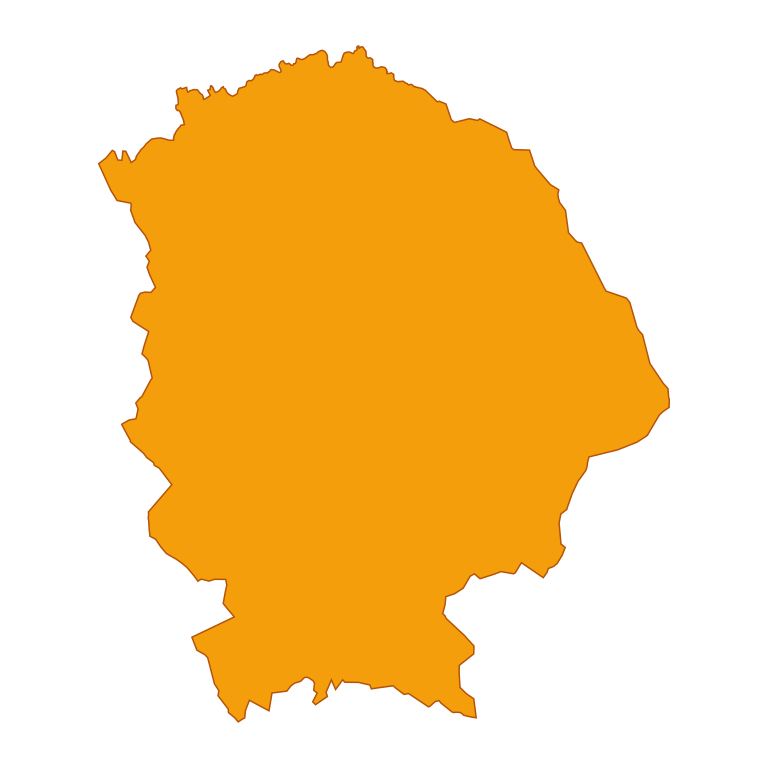 outline of Soba, Kaduna, Nigeria
{"feature_id": "59680162B47761767082139", "entity_name": "Soba", "entity_type": "district", "adm_level": 2, "iso_a3": "NGA", "parent_name": "Nigeria", "parent_adm1": "Kaduna", "projection": "mercator", "projection_center": [7.944, 10.956], "detail": "fine", "context": "isolated", "style": "filled", "palette": "amber", "viewbox_px": 768, "rotation_deg": 0, "n_neighbors": 0, "source": "geoboundaries", "source_scale": "gbopen_adm2", "svg_char_len": 5892}
<svg xmlns="http://www.w3.org/2000/svg" viewBox="0 0 768 768"><path d="M146.4,143.6L144.1,146.7L141.0,149.7L136.5,156.0L135.4,159.6L131.2,162.5L125.8,151.3L122.9,151.0L121.9,160.3L117.8,160.0L114.6,151.7L112.3,150.4L106.0,158.0L98.7,163.7L110.9,190.5L117.1,200.5L130.8,203.2L131.2,204.1L130.9,209.2L130.6,210.1L135.1,222.6L145.2,235.5L148.8,242.6L149.3,245.1L150.8,250.1L145.9,256.1L149.3,261.2L147.0,267.2L149.7,274.9L155.5,287.4L151.0,292.4L144.9,292.1L140.4,293.3L138.9,295.3L130.8,317.3L133.0,321.4L148.7,331.5L144.0,346.3L142.0,354.0L145.3,357.0L148.1,360.4L152.2,378.2L150.8,379.9L141.8,396.7L140.1,397.8L135.8,403.0L138.1,409.0L136.0,418.8L129.4,419.9L122.2,423.9L121.7,424.5L130.3,440.4L130.4,441.8L143.5,453.2L146.7,457.5L153.5,462.6L154.3,465.3L159.3,468.2L171.8,484.7L148.5,511.8L148.5,515.9L148.2,517.8L148.8,521.8L149.2,529.3L150.0,536.3L155.6,539.2L161.0,547.2L166.4,553.5L170.1,555.7L175.8,558.9L181.1,562.6L186.5,567.1L188.7,569.4L194.4,576.3L197.9,581.2L201.3,579.1L209.0,581.1L214.5,579.3L225.7,579.4L226.8,585.1L225.4,591.4L223.2,603.5L227.7,609.1L234.3,616.9L191.9,637.2L196.9,650.2L204.9,654.7L207.7,657.7L214.5,683.9L218.9,690.7L218.0,695.7L228.2,709.0L228.5,712.6L234.6,717.6L238.2,721.9L242.0,719.4L244.7,717.9L245.5,710.3L249.4,700.3L269.0,710.8L272.0,693.0L286.9,691.1L290.8,686.0L294.5,683.2L300.6,681.3L304.6,677.4L307.8,677.4L310.2,678.8L313.1,680.8L314.5,683.3L313.7,690.3L317.2,693.0L312.7,701.8L315.5,704.7L327.4,696.5L326.1,692.2L331.4,679.9L335.6,689.5L342.7,679.8L344.8,682.2L358.4,682.4L369.9,685.0L371.4,688.9L378.2,687.8L393.2,685.8L395.6,688.0L404.0,694.4L408.5,693.5L428.5,706.8L429.6,706.5L435.2,701.6L439.1,700.6L440.8,702.9L441.9,703.8L451.8,711.8L452.8,712.3L453.8,712.5L456.2,712.2L460.1,712.5L461.5,713.2L463.6,715.2L467.5,716.2L470.7,716.9L476.2,717.8L473.8,698.8L466.6,693.9L460.0,687.4L459.1,672.2L459.3,665.3L473.7,653.9L474.0,646.1L465.9,637.2L464.4,635.5L446.2,618.5L445.1,616.0L442.7,613.5L445.1,604.6L445.8,596.7L454.8,593.6L463.2,588.2L470.1,576.3L474.3,573.8L480.1,578.7L494.7,574.0L501.0,571.6L513.6,573.8L515.3,572.8L521.4,562.7L543.3,577.7L547.0,572.4L548.3,568.5L553.5,566.5L557.3,563.3L562.3,555.0L565.2,547.5L561.0,544.0L559.1,523.1L560.8,514.1L566.9,509.3L566.9,508.7L572.2,493.6L578.0,481.3L585.8,470.5L586.9,467.2L587.7,461.8L589.0,456.9L617.7,449.8L637.1,442.1L647.2,435.5L659.4,414.9L663.5,411.2L669.1,407.4L669.3,399.4L668.6,397.0L668.0,388.7L663.2,383.3L649.9,363.5L642.5,334.6L639.0,330.8L636.9,327.2L629.9,302.7L627.5,299.4L626.1,298.0L606.0,291.1L603.9,287.3L581.7,243.1L577.1,242.0L575.0,240.0L568.5,232.7L565.5,210.4L559.6,202.5L558.2,197.2L557.9,193.9L558.8,189.8L550.3,184.6L536.7,168.6L534.7,165.9L529.5,150.1L514.1,149.7L511.8,148.2L509.1,140.5L506.6,132.2L479.8,118.9L477.5,120.4L469.4,118.7L454.5,122.4L451.3,119.8L446.0,104.0L439.1,101.2L437.2,101.8L425.4,90.3L424.5,89.7L423.7,89.5L423.1,89.2L422.7,88.6L418.8,87.8L417.3,87.3L416.3,87.3L415.1,86.6L414.1,86.6L413.6,86.5L413.2,85.7L411.7,84.5L410.1,84.5L409.4,84.7L408.9,84.9L408.4,84.9L407.2,83.6L406.7,83.5L405.3,82.8L403.4,81.4L403.0,81.2L402.4,81.2L401.2,81.5L399.9,81.3L398.9,81.6L398.1,81.7L395.1,80.7L394.7,80.5L394.2,79.6L393.6,76.7L393.9,75.8L393.6,75.3L393.7,74.5L393.5,74.2L392.7,73.8L391.4,72.9L388.9,73.5L387.4,73.7L386.9,73.5L386.7,72.9L387.4,72.0L387.4,71.7L387.2,71.4L386.7,71.1L386.5,70.7L386.7,69.7L385.1,67.7L383.7,67.2L381.3,66.8L377.9,68.0L376.5,68.1L374.4,67.4L373.6,66.6L372.9,65.0L373.1,62.9L372.6,62.6L372.6,61.2L372.8,60.5L372.6,59.4L371.7,58.9L371.3,58.4L370.0,57.8L368.2,58.1L367.2,57.5L366.2,56.3L366.0,51.3L364.3,49.2L363.7,48.1L362.8,47.0L361.7,46.8L360.4,47.2L359.3,48.2L358.9,48.2L358.8,46.1L357.9,46.1L357.3,46.6L356.8,47.2L357.1,49.6L356.3,50.4L355.8,50.5L354.6,51.0L353.7,53.2L352.8,53.6L351.3,52.7L349.2,52.0L346.9,52.2L344.3,53.0L343.0,55.7L341.2,61.8L340.2,62.2L338.3,62.4L337.1,62.3L335.8,63.1L333.7,66.2L333.0,67.0L331.2,67.3L330.3,67.1L329.2,66.1L328.4,64.8L328.2,62.2L327.4,59.7L327.4,56.2L326.7,54.0L325.1,51.8L322.6,50.3L320.9,50.6L319.1,51.4L317.5,52.4L316.7,53.5L315.1,53.7L313.5,54.7L310.1,54.7L309.0,55.3L306.7,57.0L305.5,58.1L303.3,59.2L301.5,59.6L297.8,58.2L296.8,58.5L295.8,62.6L295.5,63.3L295.1,63.6L293.6,63.8L293.4,64.8L292.8,65.3L291.2,65.2L288.9,63.3L286.7,64.0L285.5,63.7L284.4,62.7L283.2,60.8L281.0,61.6L279.3,64.0L279.0,66.1L281.0,70.4L281.0,71.3L280.5,72.2L279.3,72.5L278.4,72.1L276.8,71.2L273.9,69.9L271.3,69.6L270.6,69.9L269.8,71.1L269.0,71.8L267.1,72.9L264.7,73.0L263.8,73.2L262.6,74.1L261.3,74.6L261.0,74.4L260.2,74.2L258.3,75.1L257.4,75.3L256.3,74.7L255.1,75.5L255.1,75.8L254.4,77.2L253.7,78.8L251.9,80.3L251.0,80.8L249.6,80.5L248.7,80.6L247.0,81.7L246.4,83.4L246.3,84.9L246.0,85.6L245.8,85.9L244.7,86.6L243.8,87.0L242.9,87.1L242.0,87.6L239.7,88.1L239.0,88.4L237.7,91.4L237.4,93.5L236.4,94.3L232.8,96.2L231.1,95.6L228.5,94.0L227.3,92.9L226.3,91.3L225.6,89.3L225.3,89.0L224.2,88.5L223.6,87.8L223.4,86.8L221.9,87.5L221.4,87.8L221.3,88.2L219.9,89.9L218.6,91.2L218.2,91.3L217.4,91.8L215.5,92.5L213.8,90.0L213.5,89.4L213.5,88.9L213.0,87.7L212.2,86.6L211.5,85.8L210.8,85.9L210.4,86.1L210.5,87.5L210.1,88.3L210.0,89.4L207.7,90.3L210.3,95.4L209.6,96.0L206.6,98.0L204.4,99.3L203.8,99.4L203.3,98.5L203.4,97.5L202.7,95.7L202.3,94.9L201.9,94.5L201.1,94.1L199.3,92.4L198.8,91.8L198.7,91.2L197.1,89.7L193.5,89.6L192.0,90.2L189.7,90.8L188.5,91.8L187.7,92.1L187.3,90.9L187.1,90.4L186.6,87.9L186.6,87.4L181.9,88.9L180.7,87.8L177.8,89.3L176.5,90.6L176.4,91.3L176.6,92.7L177.9,97.8L178.3,103.3L178.0,104.5L177.5,104.9L176.1,105.2L175.9,105.7L175.9,108.6L177.3,110.5L178.1,110.5L179.2,110.7L180.6,112.9L183.8,121.1L183.7,121.3L183.9,122.6L184.4,124.6L183.6,124.6L182.3,125.2L181.3,125.0L178.5,128.4L177.4,129.7L175.6,132.4L174.8,134.5L174.4,134.5L173.5,138.2L173.7,140.2L171.9,140.3L168.3,140.1L166.9,139.5L161.0,138.0L157.5,138.1L151.6,139.1L146.4,143.6Z" fill="#f59e0b" stroke="#b45309" stroke-width="1.5"/></svg>